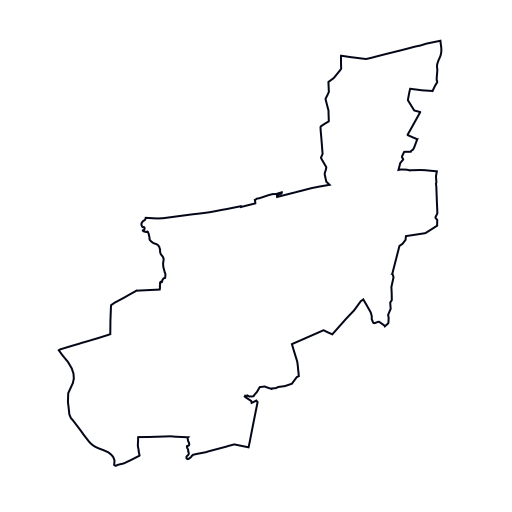 Viesturu pag., Rundales, Latvia, rotated 174°
{"feature_id": "27541924B49235557147399", "entity_name": "Viesturu pag.", "entity_type": "district", "adm_level": 2, "iso_a3": "LVA", "parent_name": "Latvia", "parent_adm1": "Rundales", "projection": "orthographic", "projection_center": [23.935, 56.446], "detail": "fine", "context": "isolated", "style": "outline", "palette": "ink", "viewbox_px": 512, "rotation_deg": 174, "n_neighbors": 0, "source": "geoboundaries", "source_scale": "gbopen_adm2", "svg_char_len": 5850}
<svg xmlns="http://www.w3.org/2000/svg" viewBox="0 0 512 512"><g transform="rotate(174 256 256)"><path d="M249.9,312.4L251.3,311.9L251.1,309.2L251.2,308.4L265.9,306.3L265.9,307.1L279.7,305.8L280.6,305.7L284.4,305.5L292.2,304.8L297.2,304.4L303.3,304.2L309.9,304.1L314.6,304.1L344.1,303.3L348.7,303.5L352.0,303.9L361.7,305.5L361.9,304.8L362.5,303.7L363.6,303.0L364.5,302.6L365.0,302.3L365.5,301.6L366.0,301.3L366.1,300.9L366.3,300.5L366.5,300.2L366.7,299.1L366.5,298.2L366.3,297.6L365.9,296.8L365.5,296.5L365.3,296.5L364.5,296.5L364.2,296.3L364.0,295.9L363.9,295.6L363.9,295.3L364.1,294.5L364.3,294.0L364.5,293.8L365.0,293.6L365.9,293.3L365.9,293.0L365.4,292.6L365.0,292.2L363.2,291.5L362.2,291.3L361.8,291.5L361.5,291.7L361.1,291.4L361.0,291.2L361.0,290.9L360.7,290.1L360.6,289.8L360.4,289.2L360.3,288.6L360.3,287.8L360.3,287.7L360.3,287.4L360.2,287.1L360.0,285.3L360.1,283.7L359.9,283.0L358.7,281.4L356.6,279.5L353.8,278.2L352.5,277.2L351.2,275.2L351.2,274.3L350.9,273.4L350.8,272.7L350.8,271.9L350.9,271.6L350.9,269.7L350.6,268.2L350.4,267.6L348.8,265.1L348.4,264.0L348.2,262.9L348.3,261.8L348.6,260.6L349.2,258.2L349.3,256.2L349.3,254.5L348.8,251.6L348.5,249.4L348.1,248.1L348.0,247.0L348.4,244.9L348.7,243.7L350.3,243.4L351.5,242.0L352.0,240.9L352.0,240.4L352.5,239.8L353.1,239.7L353.5,240.2L353.9,239.9L354.1,239.7L354.3,239.1L354.3,237.9L354.7,236.5L354.8,234.4L355.3,232.7L378.4,234.0L378.5,234.1L380.7,233.0L381.1,232.9L387.2,230.3L390.7,228.7L401.3,224.4L405.2,222.3L405.5,221.0L407.5,207.2L409.1,193.5L412.1,192.8L420.4,191.1L434.9,188.4L438.0,187.9L441.2,187.2L448.5,185.9L460.5,183.6L462.0,182.9L459.0,177.7L454.1,170.3L451.0,163.5L449.8,158.0L450.0,153.1L451.4,148.8L457.1,139.2L458.3,130.3L458.2,125.5L458.2,118.1L457.1,114.3L455.0,111.3L448.4,100.4L446.3,96.6L441.4,88.7L439.9,86.8L438.4,85.2L437.3,84.2L435.4,82.8L432.9,81.3L427.7,78.7L423.3,76.1L420.8,73.6L419.1,71.2L418.5,69.2L418.1,67.3L418.9,63.0L417.5,62.0L415.3,62.7L412.8,63.1L410.1,63.4L408.7,63.7L401.3,66.3L395.1,68.7L393.2,69.4L392.7,69.7L392.8,71.6L392.9,72.2L393.1,74.2L393.0,74.5L393.0,75.2L393.3,78.8L393.3,80.0L393.2,80.8L392.5,85.2L392.2,87.9L392.1,88.2L381.4,87.2L363.8,85.9L361.5,85.8L359.1,85.5L355.0,84.7L342.5,82.8L342.9,82.5L343.0,82.3L343.1,81.3L342.9,80.5L342.9,79.3L342.8,78.8L342.6,78.4L342.4,78.0L342.1,76.6L342.1,75.4L342.3,75.1L342.5,74.7L342.9,74.4L344.3,74.3L344.6,74.0L344.6,73.1L344.5,72.7L344.4,72.1L344.1,71.5L343.7,69.9L343.9,68.7L343.5,67.8L343.5,66.4L344.3,65.1L345.5,64.3L346.2,63.4L346.3,62.3L345.5,61.2L344.4,61.2L341.6,62.8L340.9,63.8L340.2,64.3L339.9,64.3L339.4,64.9L335.0,65.4L326.5,66.1L323.6,66.7L305.6,69.5L303.2,70.0L297.3,70.9L283.7,66.6L283.4,66.5L281.8,71.4L276.6,88.4L273.6,98.0L269.7,110.5L270.8,112.2L274.1,110.9L275.7,110.4L275.9,112.3L280.8,116.3L280.7,116.4L280.9,116.5L281.9,117.4L281.4,118.1L280.7,117.3L279.3,118.3L277.4,117.0L274.1,116.7L273.7,116.7L272.9,117.0L272.5,117.7L269.2,120.8L266.0,125.2L260.9,125.3L259.6,124.5L254.7,122.3L254.7,122.6L253.2,122.6L249.9,122.5L249.7,122.6L248.3,123.2L247.6,123.4L240.9,123.6L233.7,125.2L228.1,131.3L226.0,132.0L225.9,136.2L226.0,138.2L225.9,141.2L226.0,146.4L226.1,147.0L228.2,157.6L229.5,164.6L196.6,175.1L194.5,173.8L192.6,172.6L188.3,170.1L187.9,170.5L172.9,184.2L164.8,191.1L164.2,191.6L156.5,200.1L153.8,201.6L153.3,200.4L151.7,196.9L148.0,188.4L147.7,187.4L147.4,185.8L147.2,184.2L147.2,183.6L147.5,180.8L147.2,180.1L147.1,179.8L146.4,177.4L145.9,177.0L145.5,176.9L145.1,176.8L141.3,177.8L140.5,177.7L140.1,177.4L137.2,174.9L135.4,173.2L135.2,172.6L131.7,175.1L131.3,175.7L130.5,180.8L130.8,183.5L130.7,183.7L129.5,186.0L127.6,189.4L127.4,195.5L127.3,195.8L127.2,195.9L125.7,197.7L125.6,197.9L125.5,198.4L125.0,204.1L124.8,207.2L124.6,211.0L121.6,220.0L121.5,220.3L121.5,220.7L122.0,223.4L122.1,223.7L122.5,223.9L122.3,224.1L112.3,251.0L109.6,252.5L109.1,252.7L105.6,256.4L104.8,260.1L85.5,261.0L85.0,261.1L72.7,267.2L72.0,272.9L73.3,274.8L73.4,275.1L73.5,275.8L71.2,279.4L70.8,284.7L70.6,288.5L69.4,306.5L69.5,309.1L69.0,310.0L68.9,310.6L68.7,315.8L68.6,316.8L67.3,321.3L79.1,323.7L84.1,324.4L92.1,325.0L93.5,325.2L93.9,325.2L94.1,325.0L95.8,325.7L97.7,326.2L103.0,326.9L105.3,326.7L102.8,333.4L99.5,336.6L99.5,336.8L100.5,339.1L100.4,339.6L100.2,340.1L97.8,344.0L97.7,344.1L91.2,343.5L91.1,343.8L90.8,344.2L89.8,344.8L88.6,345.5L87.8,346.8L87.4,347.3L83.4,355.3L83.6,355.3L92.2,360.2L92.4,360.3L92.5,360.5L92.5,360.8L92.3,361.1L87.4,368.0L77.7,381.8L77.7,382.0L83.2,384.1L83.5,384.3L88.6,394.9L88.6,395.4L86.4,402.8L85.2,406.2L73.4,403.4L63.4,401.7L63.2,401.6L60.0,406.8L58.6,408.6L58.5,408.9L57.9,409.4L57.6,409.9L57.6,410.5L57.6,411.1L57.7,411.4L57.9,411.9L57.8,412.8L57.8,413.5L57.5,415.1L56.2,422.0L56.2,423.1L56.2,425.3L56.0,426.9L55.3,428.9L54.0,431.6L53.9,431.8L52.3,434.5L51.4,436.3L50.9,437.8L50.5,439.2L50.2,440.9L50.0,443.1L50.0,445.4L50.1,448.3L50.1,450.8L64.3,449.4L70.7,448.1L75.4,447.7L87.7,445.8L106.3,443.2L117.8,441.5L119.4,441.2L124.8,440.5L126.5,440.5L141.1,443.9L150.5,446.3L150.6,446.0L151.4,437.7L151.6,435.0L151.7,433.7L151.8,433.3L152.1,432.9L152.7,432.2L160.0,424.9L163.7,422.7L165.7,421.6L165.8,421.4L166.4,411.5L168.5,408.0L170.4,405.1L170.3,403.8L169.0,394.9L168.7,393.4L168.8,392.1L169.5,382.5L169.5,382.4L169.7,382.2L173.9,380.3L177.9,378.2L178.1,377.9L178.3,377.6L178.4,377.0L178.5,375.3L178.6,372.6L178.7,365.8L179.1,350.6L181.1,347.0L181.1,346.8L180.6,345.4L176.9,337.2L176.9,336.4L177.3,335.2L177.9,333.6L179.0,331.1L179.1,330.3L179.1,329.3L178.3,322.6L175.4,319.1L183.1,318.6L184.4,318.5L185.0,318.5L185.9,318.4L193.6,317.7L228.8,312.5L228.9,313.2L228.8,313.8L228.7,314.0L227.6,314.4L226.8,315.0L226.2,315.3L225.7,315.3L225.0,315.2L224.6,315.4L224.0,315.7L223.7,316.3L223.7,316.7L229.7,315.5L232.5,315.8L233.3,315.8L237.7,315.1L246.5,313.1L248.7,313.0L249.4,312.8L249.9,312.4Z" fill="none" stroke="#020617" stroke-width="2"/></g></svg>